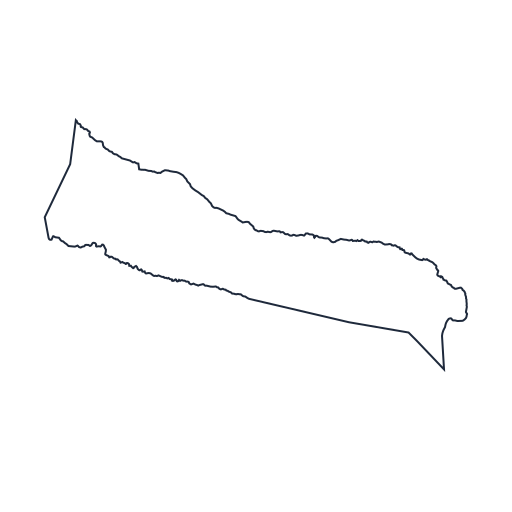 the district of Boquerón, Chiriquí, Panama, rotated 112°
{"feature_id": "35544464B36404447942008", "entity_name": "Boquerón", "entity_type": "district", "adm_level": 2, "iso_a3": "PAN", "parent_name": "Panama", "parent_adm1": "Chiriquí", "projection": "albers", "projection_center": [-82.58, 8.629], "detail": "fine", "context": "isolated", "style": "outline", "palette": "slate", "viewbox_px": 512, "rotation_deg": 112, "n_neighbors": 0, "source": "geoboundaries", "source_scale": "gbopen_adm2", "svg_char_len": 6079}
<svg xmlns="http://www.w3.org/2000/svg" viewBox="0 0 512 512"><g transform="rotate(112 256 256)"><path d="M299.2,466.4L316.9,455.1L317.8,454.2L318.1,453.3L317.8,452.2L317.4,451.7L314.2,451.6L313.7,451.5L313.5,451.1L313.8,449.1L312.9,445.5L314.6,442.9L314.9,441.3L314.7,440.3L315.6,437.9L315.9,436.2L317.0,433.6L315.3,427.8L314.9,427.1L313.2,425.4L313.3,424.9L314.0,423.5L313.9,422.0L313.7,421.6L312.4,420.5L311.4,419.0L310.9,418.7L309.9,418.5L309.4,417.9L308.5,415.4L308.9,413.8L308.6,413.3L307.7,412.8L305.2,412.3L304.7,411.8L304.3,410.3L304.6,409.3L305.1,408.6L306.7,408.1L307.0,407.4L305.9,405.5L305.4,403.7L304.7,403.3L303.1,402.9L302.8,402.3L303.2,401.1L304.6,399.7L306.4,397.5L308.0,397.0L310.5,396.6L311.0,396.3L311.2,395.7L311.3,392.6L312.2,391.6L312.0,391.1L311.1,390.5L310.8,389.7L310.8,389.1L311.5,387.0L311.4,385.7L311.2,385.3L311.6,384.8L311.6,384.3L311.1,383.6L311.0,382.9L311.8,381.3L312.0,380.1L312.9,379.1L311.6,377.6L311.9,376.6L311.8,374.7L312.2,373.9L311.9,373.4L310.9,373.1L310.6,372.3L311.1,370.7L312.6,369.8L311.9,368.4L312.6,367.4L313.3,365.3L313.1,365.0L311.8,364.8L310.2,363.5L310.7,362.3L312.3,360.8L312.8,359.4L312.9,358.8L312.7,358.3L311.5,357.6L311.4,357.4L311.9,356.5L313.0,355.6L312.9,354.9L312.0,353.5L313.1,352.5L313.4,351.4L312.1,349.4L311.7,348.0L311.7,346.9L312.5,344.5L312.7,343.3L312.5,342.6L312.0,341.9L311.7,340.3L310.5,339.1L310.6,335.8L310.4,334.7L310.0,333.9L310.1,333.5L310.4,333.3L310.5,332.6L309.8,330.8L310.0,330.2L309.9,329.6L309.1,328.8L309.7,327.4L309.2,325.1L309.5,324.7L310.3,324.6L310.3,323.9L309.8,323.0L308.3,322.2L307.8,321.8L307.9,321.2L309.0,320.1L309.1,319.5L308.5,318.7L307.0,318.4L307.5,317.1L306.8,316.6L306.1,315.6L306.1,314.2L305.6,312.9L305.9,311.1L305.3,309.6L305.3,308.7L306.4,307.6L306.7,305.6L305.0,303.6L305.2,301.5L305.0,299.8L305.1,298.5L304.2,297.7L301.9,294.5L302.0,293.5L302.5,292.6L302.5,291.8L302.0,290.7L301.4,286.6L300.6,284.3L299.3,281.8L299.6,280.3L299.3,279.2L300.1,277.8L300.2,276.3L300.0,275.9L298.8,274.5L299.0,272.9L298.6,271.5L299.1,270.6L298.9,269.0L299.2,268.2L299.1,265.7L299.8,264.0L299.2,262.4L299.2,260.9L298.8,260.3L298.8,259.7L298.0,258.6L297.5,256.4L297.2,255.8L298.0,253.4L298.0,252.4L297.6,250.7L298.2,248.1L298.3,246.3L282.6,145.0L269.8,85.9L274.5,74.9L290.7,39.2L260.4,53.6L257.9,54.2L255.8,54.4L254.0,54.4L251.2,54.1L248.4,54.6L246.8,54.7L244.8,54.5L242.1,53.8L241.0,52.5L240.8,51.5L241.8,49.8L241.9,49.2L241.2,47.5L240.8,44.8L238.8,40.4L238.3,39.8L236.7,38.8L234.9,38.1L233.3,38.1L231.7,38.5L230.9,38.5L230.5,38.7L229.6,40.1L229.2,40.4L224.4,41.4L223.5,41.8L222.9,42.3L221.6,42.6L219.0,44.0L217.6,44.5L216.6,45.4L215.3,45.9L213.5,47.5L212.3,47.9L211.8,48.6L211.1,49.1L210.3,50.5L210.1,51.7L209.2,52.5L208.6,54.2L208.9,54.9L211.4,58.2L211.8,59.1L211.9,59.7L211.4,60.8L211.5,61.4L211.0,63.1L209.9,64.2L209.6,67.9L208.5,69.0L207.5,70.3L207.8,71.4L207.7,73.4L206.8,74.0L206.6,74.6L205.6,75.5L205.5,76.7L206.2,76.6L206.5,76.8L206.2,77.7L206.1,80.0L205.7,80.7L205.3,81.0L201.6,81.4L201.1,81.9L200.9,82.9L200.5,83.2L199.9,84.2L199.3,84.6L198.1,84.8L197.7,85.1L197.2,85.9L196.9,87.4L196.2,88.7L195.7,90.2L195.6,93.6L195.3,94.0L195.4,95.1L194.9,96.2L195.0,96.5L195.8,97.0L196.1,98.4L196.0,99.7L197.2,100.0L197.6,100.4L198.2,103.5L198.1,105.8L197.5,107.9L196.1,111.4L195.3,112.7L195.7,113.4L196.8,113.5L197.0,113.7L196.5,115.6L197.0,118.9L196.7,119.7L195.4,120.6L195.1,121.1L195.6,122.5L194.7,123.3L194.6,123.6L195.6,124.8L195.3,125.3L194.2,126.1L194.6,127.4L194.6,128.3L193.9,130.6L194.0,131.3L194.8,132.2L195.0,132.6L194.9,133.5L195.2,134.0L194.6,135.3L195.0,137.0L195.8,138.1L197.1,140.8L197.0,142.8L196.5,144.5L196.6,147.6L197.8,149.3L197.9,150.3L198.3,151.1L198.5,152.4L199.7,153.3L199.9,155.3L200.6,156.2L201.6,156.6L201.7,156.8L201.7,157.9L201.1,158.8L201.7,160.2L201.3,161.1L201.4,162.1L201.1,163.9L201.4,164.2L202.8,164.5L203.7,166.6L203.3,167.8L204.6,168.6L204.6,169.6L205.8,171.9L205.2,172.7L205.1,173.3L206.5,175.0L206.8,175.7L207.1,178.2L207.8,180.5L208.4,183.8L210.5,185.7L211.8,187.2L213.2,187.9L214.4,189.6L214.5,191.3L213.0,194.6L212.7,196.0L213.5,197.6L214.1,199.9L214.2,201.6L215.0,204.1L215.0,204.8L214.5,206.8L214.6,207.5L215.0,208.2L216.5,208.4L217.2,208.7L216.8,209.3L215.3,210.0L215.0,211.1L215.0,212.0L215.9,214.4L215.7,216.5L216.5,218.2L218.6,218.8L219.1,219.1L219.2,220.9L219.5,222.1L219.9,222.9L221.1,224.4L222.2,226.3L222.1,228.0L222.4,229.4L223.6,230.3L224.2,231.7L224.3,232.5L223.8,234.8L224.6,236.3L224.7,237.4L223.9,239.3L223.8,240.0L224.1,240.8L224.9,242.1L224.4,242.8L224.3,243.6L225.2,245.4L225.9,249.0L226.6,250.0L228.1,251.0L228.6,251.7L229.1,254.3L229.8,255.0L230.3,256.4L230.4,257.2L230.2,258.3L230.8,260.7L231.1,261.4L232.1,262.5L232.3,263.6L232.0,265.4L232.2,265.7L232.2,266.1L231.9,267.3L231.1,268.5L229.7,269.6L228.4,273.5L227.3,275.5L227.6,276.9L228.0,277.9L229.9,280.9L229.6,282.0L229.0,285.8L228.4,287.2L226.9,289.5L226.7,290.1L227.2,295.2L227.1,297.0L227.5,299.6L226.7,301.4L226.2,303.4L225.9,308.4L226.1,310.6L226.8,312.2L226.8,313.5L226.1,315.4L224.4,317.2L223.7,318.3L223.5,319.2L221.7,322.5L221.2,324.8L220.0,326.9L219.8,329.0L218.5,333.5L217.9,337.0L217.0,340.3L215.9,342.6L214.1,344.1L212.6,347.6L210.8,349.5L210.2,351.0L208.6,353.9L208.1,356.8L207.9,358.9L208.0,361.1L208.8,364.1L209.6,367.8L209.6,369.1L210.4,372.0L210.7,372.7L213.1,374.8L214.8,375.7L215.2,377.3L215.9,378.2L216.0,381.0L215.8,381.9L216.5,383.6L216.4,384.9L217.3,387.6L217.6,391.0L218.9,394.5L219.4,396.8L214.4,399.7L214.8,401.4L214.4,403.8L214.9,404.4L215.3,405.3L214.7,408.7L215.7,417.0L215.0,418.9L214.9,420.5L214.2,422.8L214.2,423.8L214.6,425.2L214.5,426.3L214.3,427.3L213.4,428.6L213.7,430.3L213.7,431.3L212.8,433.3L212.8,435.2L212.6,436.1L212.0,437.1L212.0,437.9L210.6,439.3L208.5,440.5L207.8,441.4L207.8,442.7L209.3,446.5L208.9,448.7L207.5,452.3L207.5,454.4L206.9,455.2L205.2,456.4L203.9,456.2L203.0,456.9L202.9,458.6L202.1,460.0L202.1,461.3L202.7,462.8L201.7,464.9L202.0,466.6L201.7,467.0L200.7,467.3L199.7,468.6L199.9,470.4L198.8,472.2L198.0,472.7L197.8,473.5L197.6,473.9L240.5,462.7L299.2,466.4Z" fill="none" stroke="#1e293b" stroke-width="2"/></g></svg>